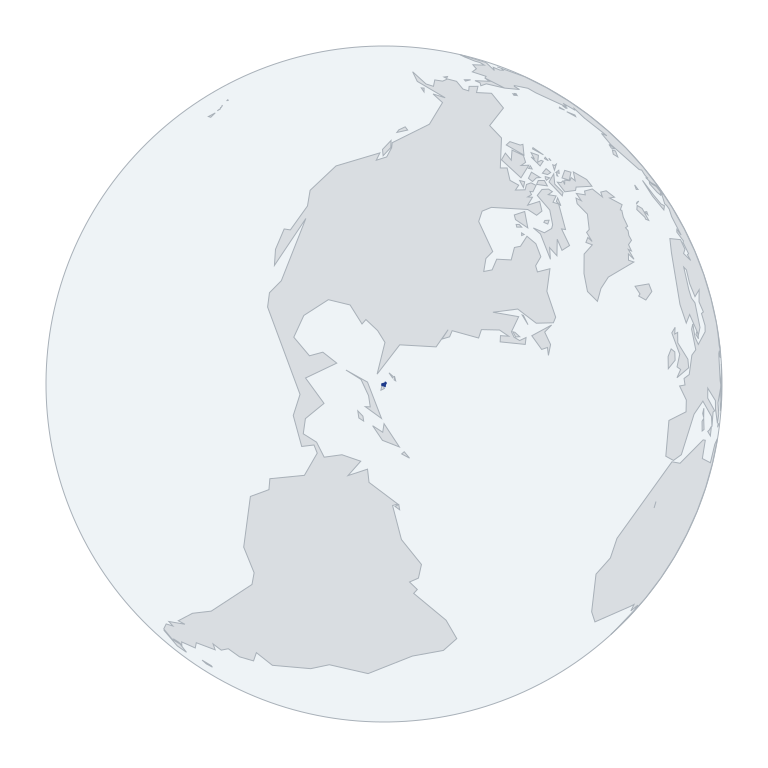 globe centered on North Andros, rotated 44°
{"feature_id": "BHS-5019", "entity_name": "North Andros", "entity_type": "District", "adm_level": 1, "iso_a3": "BHS", "parent_name": "The Bahamas", "parent_adm1": "", "projection": "orthographic", "projection_center": [-78.177, 24.834], "detail": "fine", "context": "on_globe", "style": "filled", "palette": "blue", "viewbox_px": 768, "rotation_deg": 44, "n_neighbors": 0, "source": "natural_earth", "source_scale": "10m", "svg_char_len": 10247}
<svg xmlns="http://www.w3.org/2000/svg" viewBox="0 0 768 768"><g transform="rotate(44 384 384)"><circle cx="384" cy="384" r="338" fill="#eef3f6" stroke="#a8b0b8"/><path d="M384.0,480.1L376.0,476.5L368.2,486.1L340.6,469.7L330.8,449.8L246.8,409.5L238.2,397.9L238.4,381.0L212.8,319.2L222.8,374.8L212.4,362.5L204.5,341.8L209.6,338.2L205.3,309.1L196.3,296.0L198.0,260.5L220.5,220.6L223.0,228.4L228.2,218.8L225.4,208.8L222.3,204.7L236.2,165.6L230.6,140.9L217.8,141.3L229.2,135.6L197.7,143.2L187.7,139.5L205.8,139.0L212.8,135.5L209.3,130.0L215.8,125.4L217.8,120.5L225.9,115.9L235.9,117.0L241.3,114.3L238.5,110.8L244.8,104.6L248.1,110.1L259.4,100.2L278.2,102.5L280.5,124.7L297.6,125.4L317.6,147.8L322.5,143.1L333.2,150.0L342.8,147.4L343.8,153.2L350.6,146.3L347.9,141.5L350.0,137.2L355.4,135.5L357.6,142.3L355.2,144.1L358.6,145.3L357.4,149.6L361.1,146.5L363.1,155.6L369.1,144.5L377.5,149.9L376.6,156.6L366.2,158.6L338.5,182.4L334.5,191.5L339.2,201.3L370.2,213.2L370.1,222.9L377.6,233.8L382.5,226.8L378.4,215.9L389.3,206.4L383.0,195.2L386.5,190.1L384.2,178.4L395.8,177.6L408.4,183.5L410.9,193.6L416.5,196.8L423.3,185.8L436.8,204.2L461.1,216.7L463.3,222.3L451.3,234.5L428.1,237.2L412.5,256.7L434.1,242.0L439.4,257.9L445.1,260.0L451.4,258.5L453.9,251.9L458.1,257.4L438.3,273.0L434.2,268.3L440.5,263.0L429.6,264.9L416.3,277.2L420.1,285.2L396.0,298.3L398.4,304.5L394.5,311.4L392.4,300.4L395.7,321.1L368.1,344.9L372.2,381.7L355.8,353.4L342.3,350.0L326.2,350.2L326.5,356.1L304.7,350.7L285.4,362.0L278.7,390.4L286.6,413.0L310.8,415.5L317.9,403.6L335.5,401.8L323.4,434.2L354.3,439.6L351.5,463.5L360.5,475.9L375.9,472.7L391.8,478.2L402.9,464.1L420.9,455.7L421.7,474.9L431.3,456.7L441.6,465.2L477.2,460.8L474.6,465.5L504.6,483.8L536.3,487.8L543.6,499.7L539.9,508.7L550.7,508.7L550.8,514.0L592.7,510.8L613.2,516.6L611.8,534.4L593.4,560.0L573.7,603.4L539.7,623.9L529.0,639.7L499.1,663.9L478.8,665.9L482.5,673.8L469.6,680.6L455.9,682.6L451.8,688.5L441.6,689.7L447.2,692.5L428.7,700.5L431.6,705.0L417.6,710.1L419.9,712.2L415.3,712.4L410.0,713.5L408.9,714.7L395.7,713.2L394.0,707.9L400.3,704.7L394.2,704.3L407.7,695.1L400.5,697.2L405.5,682.0L417.5,667.4L428.3,619.9L421.7,610.0L396.4,598.8L366.0,557.7L374.6,539.9L367.7,531.4L390.2,505.0L384.0,480.1ZM71.9,313.6L74.3,306.2L74.1,312.5L71.9,313.6ZM75.0,300.6L74.3,303.3L74.7,300.8L75.0,300.6ZM74.7,298.1L74.9,299.9L74.4,298.5L74.7,298.1ZM74.0,295.6L74.5,296.6L74.3,296.8L74.0,295.6ZM370.8,394.1L406.1,410.5L386.3,413.3L390.0,410.0L381.0,403.1L364.3,396.7L346.9,400.4L370.8,394.1ZM74.0,289.6L74.2,288.0L74.9,288.2L74.0,289.6ZM385.9,373.7L379.8,372.5L385.7,372.2L385.9,373.7ZM219.9,203.9L224.6,209.2L224.8,220.4L220.0,216.3L219.9,203.9ZM220.6,184.3L224.6,184.9L218.5,194.1L218.1,190.9L220.6,184.3ZM207.3,143.3L209.9,146.1L205.1,145.1L207.3,143.3ZM216.7,120.7L213.9,121.5L216.1,118.7L216.7,120.7ZM378.0,179.7L381.0,179.1L379.9,181.6L378.0,179.7ZM374.1,175.5L370.5,178.9L368.2,177.4L370.4,175.3L374.1,175.5ZM230.5,109.3L235.0,105.0L232.2,109.5L230.5,109.3ZM379.0,171.8L364.4,174.4L360.3,171.9L365.4,162.2L379.0,171.8ZM238.7,102.6L249.5,93.1L244.1,93.8L265.3,87.3L249.1,97.0L246.5,102.2L243.9,100.6L238.7,102.6ZM344.7,140.8L347.8,145.8L340.2,143.4L344.7,140.8ZM339.3,140.5L312.8,141.1L310.9,133.6L320.1,134.6L313.6,126.8L325.6,122.8L331.9,126.2L330.8,131.6L336.2,126.0L339.3,140.5ZM275.2,85.7L279.3,84.0L276.9,86.1L275.2,85.7ZM350.2,135.2L345.0,135.7L342.9,129.2L352.9,127.0L350.4,129.8L350.2,135.2ZM305.9,127.1L306.2,122.2L316.0,117.5L317.4,115.1L325.7,122.1L305.9,127.1ZM353.6,130.5L358.0,126.2L363.9,128.0L355.1,134.4L353.6,130.5ZM338.2,128.5L337.7,125.4L341.2,126.4L338.2,128.5ZM387.4,132.9L381.2,133.0L379.6,129.5L387.4,132.9ZM359.3,124.6L357.2,124.0L355.9,122.8L360.0,120.6L359.3,124.6ZM332.0,118.5L336.1,117.8L329.1,115.4L336.2,112.2L340.5,117.7L341.6,114.0L343.8,113.1L344.8,118.7L332.0,118.5ZM360.1,114.9L368.0,121.6L379.7,121.8L381.5,124.8L362.3,124.0L360.1,114.9ZM351.0,116.5L357.0,116.1L356.2,119.7L351.5,122.3L351.0,116.5ZM339.5,108.4L327.5,111.7L327.0,110.5L339.5,108.4ZM363.7,114.1L361.7,112.6L364.6,113.7L363.7,114.1ZM347.1,109.2L342.9,110.4L342.4,108.9L347.1,109.2ZM361.2,108.8L363.7,110.8L360.7,112.4L361.2,108.8ZM354.9,108.3L355.2,106.1L358.1,111.8L353.1,109.1L354.9,108.3ZM347.3,107.6L345.7,107.1L349.1,107.3L347.3,107.6ZM371.4,101.8L375.7,108.7L368.9,112.1L365.6,104.8L371.4,101.8ZM417.2,716.0L396.5,714.0L408.4,715.0L418.0,712.7L428.3,714.2L417.2,716.0ZM444.9,709.0L455.3,706.6L457.3,706.9L450.7,708.7L444.9,709.0ZM638.2,161.3L644.8,169.9L636.7,161.9L617.3,139.8L612.7,135.3L638.2,161.3ZM600.1,124.2L599.9,124.2L587.8,114.6L598.8,123.8L601.0,125.2L607.9,131.5L606.3,130.8L602.1,127.1L603.7,129.6L623.4,148.0L627.7,151.3L637.3,165.5L645.5,172.9L651.3,180.8L639.7,171.6L633.9,165.7L619.8,162.1L626.7,169.3L640.5,173.6L640.2,175.6L649.6,186.9L642.2,179.9L625.3,174.8L628.0,190.3L647.0,228.3L645.3,237.9L636.9,240.2L614.3,212.3L620.6,194.2L612.6,185.5L598.0,180.1L601.2,175.6L596.0,171.6L597.0,165.2L585.4,149.3L584.5,142.8L567.2,130.9L564.4,126.3L575.4,134.4L582.6,137.2L578.7,123.3L574.3,118.9L563.4,112.7L563.7,110.3L553.6,106.1L545.2,97.3L547.0,105.1L534.2,99.5L522.2,91.8L518.4,91.7L537.9,104.5L545.4,108.6L551.3,109.6L572.0,123.8L576.0,130.1L555.6,121.7L559.1,130.2L541.7,121.2L499.6,89.9L488.6,80.8L497.0,74.2L506.9,78.0L508.8,82.0L518.8,82.1L512.4,80.2L512.6,78.7L500.5,74.3L500.1,73.1L489.1,71.3L487.3,69.4L494.3,70.5L474.7,63.8L467.5,60.0L463.3,59.2L460.8,59.4L453.2,55.2L450.5,54.9L451.8,56.0L447.2,56.3L436.1,55.5L434.1,54.1L437.8,54.1L442.7,52.8L453.0,54.1L451.0,53.5L441.6,52.2L435.7,53.7L429.5,53.7L430.9,52.4L430.0,52.8L426.3,52.5L420.8,51.1L418.6,52.5L380.8,54.2L366.4,52.7L371.9,50.6L343.4,53.5L329.3,53.7L330.6,54.5L317.9,57.7L322.1,57.6L321.8,58.3L290.9,69.1L282.1,71.3L270.4,78.8L271.0,79.4L276.9,78.0L265.3,87.3L244.1,93.8L243.7,91.8L230.7,98.1L231.5,93.1L226.2,92.6L234.6,85.0L229.7,86.1L225.1,88.6L215.0,92.7L210.0,94.3L210.4,94.1L234.0,81.9L245.6,81.8L242.6,80.3L249.2,77.7L251.8,75.6L249.2,75.4L245.2,77.2L271.4,65.4L271.6,65.3L295.4,57.9L319.7,52.3L344.3,48.4L369.2,46.4L394.1,46.2L419.0,47.9L443.6,51.4L468.0,56.7L491.9,63.8L515.2,72.6L537.8,83.1L559.6,95.3L580.4,109.0L600.1,124.2ZM721.2,406.7L721.4,397.4L721.2,372.6L720.2,366.7L719.2,375.8L717.0,368.9L715.6,373.0L701.0,408.6L691.6,403.6L668.6,373.5L667.7,351.9L658.8,333.1L645.2,239.9L652.0,235.4L652.4,202.5L654.2,201.3L664.8,216.5L673.5,213.9L663.8,197.5L661.7,191.5L675.3,212.8L687.3,235.1L697.6,258.1L706.1,281.9L712.9,306.3L717.8,331.1L720.8,356.2L721.9,381.4L721.2,406.7ZM661.3,279.6L664.4,285.6L661.3,279.6ZM478.3,460.4L482.6,463.6L477.0,464.4L478.3,460.4ZM383.8,421.5L391.2,421.8L395.1,424.8L389.5,425.9L383.8,421.5ZM445.6,418.7L453.9,419.6L445.3,422.0L445.6,418.7ZM411.6,412.5L438.8,418.6L422.0,425.6L404.8,421.9L416.6,419.6L411.6,412.5ZM382.8,385.5L387.4,386.9L386.1,390.6L382.8,385.5ZM390.2,373.6L388.4,374.0L386.0,371.0L390.2,373.6ZM440.5,256.9L442.2,255.9L448.8,255.7L446.0,258.7L440.5,256.9ZM476.4,239.9L482.4,249.2L476.2,244.2L473.4,249.6L456.8,246.6L463.6,225.1L463.5,235.0L476.4,239.9ZM436.6,237.8L446.4,241.3L435.4,238.4L436.6,237.8ZM566.2,159.3L570.9,158.9L576.9,164.7L577.9,175.5L569.3,166.9L566.2,159.3ZM576.1,157.2L555.5,147.3L554.0,141.0L558.4,146.1L559.4,142.9L566.7,150.3L585.4,155.1L591.9,160.7L590.4,176.0L587.3,167.5L582.9,168.1L576.1,157.2ZM505.6,141.4L496.7,139.3L505.0,128.0L512.4,131.4L514.0,141.7L506.1,143.8L505.6,141.4ZM390.7,155.2L386.7,156.7L386.1,154.6L389.0,151.5L390.7,155.2ZM384.6,133.2L407.3,146.8L404.0,149.1L421.3,155.5L419.2,164.2L408.0,159.5L419.3,171.6L408.4,170.9L417.1,178.7L392.4,167.4L383.0,168.0L394.3,163.8L396.6,155.7L394.7,152.3L382.4,143.7L363.3,141.9L362.5,134.3L367.0,129.5L371.5,128.7L370.6,133.7L377.2,129.2L379.3,135.9L384.6,133.2ZM420.0,89.5L417.1,93.5L430.7,89.6L433.0,94.6L434.4,93.9L440.2,97.7L449.7,101.3L449.2,103.8L453.1,104.2L457.0,107.1L462.2,108.7L463.1,113.9L469.6,116.4L466.3,117.5L477.2,120.6L469.5,120.7L473.9,125.1L479.0,122.7L471.1,151.3L473.7,164.6L480.1,176.3L466.1,176.1L451.1,165.6L437.7,151.5L437.2,139.2L430.9,141.9L428.8,137.0L434.7,136.9L424.4,134.2L424.3,130.3L412.3,120.5L397.7,120.1L393.0,116.9L398.6,115.1L390.0,113.3L397.4,108.1L394.2,105.9L398.4,99.0L411.2,97.7L406.6,95.4L409.6,90.7L420.0,89.5ZM372.9,99.9L387.7,96.1L396.2,97.3L385.4,108.9L387.3,111.7L380.6,120.1L368.5,118.4L371.5,116.0L371.6,113.4L375.4,115.0L372.4,111.8L376.5,108.7L375.3,105.5L380.4,105.0L372.9,99.9ZM649.8,193.2L650.0,191.3L648.9,187.0L654.8,194.6L649.8,193.2ZM638.7,189.9L638.0,186.8L645.8,194.4L645.5,196.8L638.7,189.9ZM630.9,179.2L637.3,186.1L633.7,183.8L630.9,179.2ZM574.0,131.7L572.4,128.7L574.8,129.7L578.8,133.0L574.0,131.7ZM460.8,82.4L457.8,83.7L455.7,82.8L444.7,82.9L442.1,79.7L447.8,78.4L460.8,82.4ZM652.5,181.3L652.2,179.3L654.1,183.4L652.5,181.3ZM456.2,79.0L451.9,79.2L453.3,77.5L456.2,79.0ZM439.7,77.5L440.2,75.4L440.6,79.4L439.7,77.5ZM428.5,58.0L446.7,60.8L458.1,62.1L461.9,61.0L464.4,64.4L446.8,62.4L428.5,58.0ZM386.9,54.4L383.7,56.4L379.9,55.5L380.1,55.0L386.9,54.4ZM388.7,55.6L394.5,58.3L389.3,59.4L385.7,57.0L388.7,55.6ZM426.0,66.7L431.6,67.6L430.3,68.8L426.0,66.7ZM277.4,83.4L279.1,83.9L275.4,84.8L277.4,83.4ZM324.4,58.2L323.3,59.3L319.0,59.8L324.4,58.2ZM317.9,63.0L323.6,61.5L318.4,63.7L317.9,63.0ZM336.1,58.5L326.3,61.2L334.5,57.9L336.1,58.5Z" fill="#d9dde1" stroke="#a8b0b8" stroke-width="1"/><path d="M384.2,386.0L383.8,386.2L383.7,386.2L383.1,385.8L382.7,385.5L382.6,385.4L382.6,385.2L382.8,385.2L383.0,385.0L383.2,384.9L383.2,384.7L383.3,384.7L383.3,384.8L383.4,385.0L383.3,385.3L383.2,385.3L383.2,385.5L383.4,385.4L383.5,385.4L383.5,385.2L383.6,385.3L383.6,385.5L383.7,385.4L383.8,385.3L383.9,385.2L383.7,385.1L383.8,385.0L383.7,385.0L383.7,384.9L383.6,384.7L383.5,385.0L383.5,384.9L383.4,384.8L383.4,384.7L383.4,384.3L383.5,384.3L383.6,384.2L383.6,383.9L383.8,383.8L383.9,383.7L384.0,383.5L384.0,383.4L383.9,383.3L384.0,383.2L384.1,382.9L384.0,382.6L384.0,382.4L383.9,382.2L383.8,381.9L384.0,381.8L384.3,381.9L384.3,382.0L384.5,382.1L384.7,381.9L384.8,382.0L385.0,382.1L385.0,382.3L385.0,382.5L385.0,382.8L385.0,383.0L385.3,383.2L385.6,384.0L385.9,384.3L386.0,384.5L386.3,384.7L386.4,384.8L386.4,385.0L385.8,385.1L385.3,385.2L384.8,385.3L384.6,385.4L384.4,385.7L384.2,386.0Z" fill="#3b82f6" stroke="#1e3a8a" stroke-width="1.5"/></g></svg>